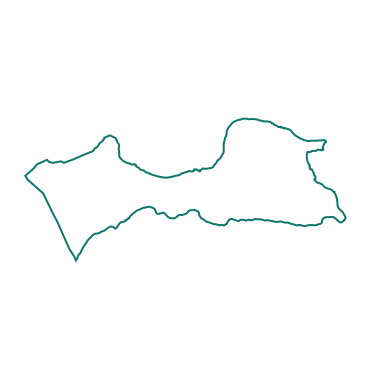 South Epi, Shefa, Vanuatu, rotated 334°
{"feature_id": "77236927B82266009819224", "entity_name": "South Epi", "entity_type": "district", "adm_level": 2, "iso_a3": "VUT", "parent_name": "Vanuatu", "parent_adm1": "Shefa", "projection": "natural_earth1", "projection_center": [168.409, -16.787], "detail": "fine", "context": "isolated", "style": "outline", "palette": "teal", "viewbox_px": 384, "rotation_deg": 334, "n_neighbors": 0, "source": "geoboundaries", "source_scale": "gbopen_adm2", "svg_char_len": 6122}
<svg xmlns="http://www.w3.org/2000/svg" viewBox="0 0 384 384"><g transform="rotate(334 192 192)"><path d="M124.7,109.9L121.0,111.8L110.1,111.1L99.9,110.7L89.6,109.6L87.6,107.0L79.7,104.8L76.7,102.2L75.7,99.5L64.8,99.2L59.9,101.4L49.3,104.4L49.6,108.5L57.6,127.9L57.6,149.8L57.9,159.1L56.9,185.6L56.9,190.4L57.9,198.2L57.6,202.6L60.0,201.2L61.4,199.7L62.2,199.0L63.5,198.4L64.7,198.2L66.3,196.7L67.5,195.8L68.9,194.9L69.7,194.1L71.3,193.2L72.9,192.4L74.7,191.2L77.1,189.8L79.4,188.8L80.2,188.7L81.5,188.0L84.1,187.2L85.3,187.1L87.0,187.1L88.1,187.7L89.0,187.7L89.9,188.1L90.8,188.2L93.6,187.9L95.5,188.4L100.1,187.5L101.7,187.4L104.1,187.5L105.1,188.1L105.7,188.5L106.2,189.6L106.5,190.7L106.9,191.1L107.4,191.3L108.5,191.0L111.0,189.9L111.9,189.1L113.1,188.5L114.5,188.1L115.4,188.1L118.4,189.0L118.9,188.8L119.6,188.2L120.1,188.4L120.4,188.7L120.7,188.4L122.5,188.1L123.0,187.9L123.2,187.7L123.6,187.5L124.1,187.8L126.7,186.3L129.2,185.6L131.0,185.3L133.7,184.7L135.4,184.6L138.4,184.9L139.6,184.8L140.7,184.8L142.8,185.4L145.8,186.1L147.4,186.6L149.3,188.5L150.4,189.9L151.2,191.5L150.9,192.8L150.7,194.8L151.1,196.3L152.2,197.0L155.0,197.4L155.7,197.9L156.5,197.8L157.4,198.2L158.2,199.3L158.4,200.3L159.2,203.2L159.8,204.6L161.0,205.9L162.1,206.7L164.6,207.9L165.8,208.0L169.6,207.0L171.0,207.2L173.1,208.4L174.0,208.5L177.8,209.0L179.4,208.3L180.8,207.5L181.6,207.5L182.2,207.6L183.1,208.0L185.5,208.9L187.1,209.9L188.9,212.2L189.1,213.0L189.1,213.8L188.9,214.6L188.5,215.5L188.3,216.8L188.5,218.2L188.9,219.8L189.7,220.8L190.7,222.4L191.3,223.9L192.2,225.2L193.1,225.8L195.8,228.7L197.0,229.9L198.2,230.9L199.4,231.6L200.7,232.7L202.9,234.3L204.1,234.5L205.6,235.6L206.7,235.8L206.6,236.0L208.1,236.0L209.1,235.8L211.6,234.1L212.5,233.6L214.2,233.1L215.3,233.3L216.1,233.9L216.7,234.5L218.2,235.8L220.1,237.8L221.0,238.5L222.0,238.6L223.1,238.3L223.9,238.4L225.4,239.3L226.4,239.8L228.0,241.4L230.5,241.6L231.9,242.8L232.7,243.1L233.4,243.6L236.2,243.8L237.6,244.4L239.1,245.4L240.1,245.8L241.5,246.5L243.9,248.5L244.9,249.5L246.0,250.0L247.3,250.2L249.4,252.0L251.0,252.9L253.7,255.3L255.0,256.0L258.7,257.3L259.7,258.0L260.5,258.9L261.1,259.4L263.2,260.9L264.5,261.3L265.3,262.0L265.9,262.9L266.9,263.9L268.0,264.7L270.7,267.1L271.4,267.9L272.3,268.1L273.5,268.5L275.0,269.2L277.1,271.2L278.3,272.1L279.3,272.3L280.3,272.4L283.0,273.2L284.4,273.8L286.0,274.8L287.5,275.6L289.3,276.3L290.6,276.3L291.7,276.5L293.3,276.9L294.6,276.8L295.6,276.2L296.0,275.3L296.8,274.2L298.7,273.1L299.2,273.1L299.4,273.3L301.7,273.3L303.6,274.5L304.9,274.9L307.2,275.9L307.9,276.4L308.5,277.3L309.5,279.1L310.3,280.9L310.8,282.6L311.7,284.0L312.7,284.8L314.2,284.8L316.4,284.1L317.2,283.5L318.0,283.3L318.7,282.5L319.0,281.7L319.0,280.8L318.5,275.9L318.1,274.6L317.5,273.5L316.7,270.7L316.7,269.2L317.0,267.7L318.4,264.4L318.8,263.1L319.3,261.9L319.6,259.5L319.9,257.7L319.9,256.3L319.7,255.4L320.1,254.3L319.7,254.0L319.4,254.1L319.1,253.3L318.8,252.2L318.3,251.2L317.6,250.3L314.8,247.6L314.1,246.6L313.3,245.7L312.3,242.2L311.6,241.2L309.4,239.0L308.7,238.1L307.9,236.7L307.6,235.8L307.5,235.1L307.9,235.2L308.1,234.9L308.2,234.2L308.4,233.7L308.9,233.7L309.2,233.3L309.6,232.3L309.7,231.7L309.3,231.0L309.2,230.2L309.2,229.6L309.4,228.9L309.7,228.5L309.6,225.8L309.7,224.2L309.1,223.7L308.5,223.7L308.3,223.3L308.3,222.5L308.5,222.1L308.7,221.7L308.6,220.9L308.8,220.4L309.4,220.2L309.5,219.7L309.4,219.0L309.1,218.2L309.1,217.4L309.4,214.0L309.7,212.7L310.0,212.3L310.6,210.6L311.5,208.9L312.5,207.4L313.4,206.7L314.7,207.3L315.2,207.9L316.0,207.8L316.6,208.0L317.2,207.7L319.9,208.6L321.0,209.2L321.5,209.3L322.6,209.1L323.6,209.2L325.6,210.3L325.8,210.7L326.3,210.8L326.7,211.4L328.2,211.7L328.9,210.9L328.6,210.2L328.8,209.4L329.3,209.3L330.7,207.6L331.2,207.4L332.7,206.0L334.0,206.1L334.5,205.4L334.7,204.7L333.5,203.4L325.4,200.0L321.8,198.2L320.5,197.7L319.7,197.7L318.7,197.1L315.4,194.3L313.3,192.0L312.5,190.8L311.8,189.9L310.2,187.3L309.3,185.7L308.7,183.9L308.3,182.3L308.1,181.1L307.7,180.0L306.9,178.6L305.2,176.8L304.1,176.0L303.3,175.1L302.7,175.1L302.6,174.6L302.1,174.6L300.8,173.1L300.8,172.5L300.4,172.2L299.8,172.5L299.5,172.0L299.0,172.0L298.3,171.5L297.1,169.6L295.4,167.6L295.1,166.9L295.0,166.2L294.5,165.7L294.0,165.5L293.9,164.7L293.5,164.0L293.1,163.3L290.6,161.5L289.3,161.1L288.1,160.2L287.2,159.9L285.6,158.2L284.7,157.7L283.9,157.2L283.4,156.4L281.2,154.5L278.7,153.1L277.8,152.5L276.8,152.2L275.7,152.0L275.0,151.5L274.6,151.2L273.1,150.1L272.4,149.6L271.2,149.1L269.7,148.4L268.5,148.2L267.7,148.3L266.2,147.7L265.3,147.5L261.3,147.2L259.0,147.4L257.5,148.1L256.0,148.8L254.6,149.3L252.9,150.2L250.1,152.3L247.9,155.9L246.9,156.8L245.6,157.8L243.1,160.8L242.3,161.6L241.3,163.1L238.9,168.3L237.4,170.7L236.6,171.1L234.4,172.6L232.5,173.8L231.1,174.4L228.5,175.0L225.6,177.0L223.2,177.8L222.9,178.2L222.0,178.8L220.7,178.9L219.9,178.8L215.6,177.6L214.1,177.0L212.9,176.1L212.0,175.6L210.5,176.1L209.7,176.1L209.0,175.8L208.6,176.1L208.3,176.8L207.7,176.6L207.0,175.6L206.3,173.9L205.5,173.9L205.1,173.6L204.7,172.9L203.9,172.7L203.4,173.1L202.9,173.8L202.0,173.9L199.6,172.8L198.8,172.0L197.5,171.7L195.8,171.8L194.1,171.3L193.0,171.2L191.7,170.9L190.5,170.9L188.3,171.2L186.6,170.9L184.0,170.1L182.6,170.1L181.9,169.7L180.4,169.5L178.1,168.9L177.2,168.7L176.9,168.4L176.3,168.3L174.5,167.5L171.8,165.8L168.5,163.3L166.5,161.4L165.9,160.9L165.3,160.4L164.1,159.4L162.9,158.1L161.5,156.2L160.0,154.9L158.9,153.4L158.1,151.7L157.1,150.5L155.9,149.8L155.3,148.9L154.8,147.1L153.2,144.7L152.9,143.7L153.4,143.5L153.3,142.9L152.8,142.2L152.1,141.6L151.4,141.5L150.4,141.2L149.2,140.1L148.6,139.2L147.7,138.3L146.5,137.5L145.6,136.6L144.9,135.6L144.0,134.5L143.2,132.5L142.4,129.7L142.3,128.9L142.3,127.6L142.7,127.0L143.3,126.1L144.1,124.1L144.6,122.6L145.0,121.1L145.6,120.2L146.3,119.4L147.1,117.8L147.1,116.1L146.7,115.0L146.9,113.9L147.0,112.8L146.9,112.0L146.9,110.4L146.7,109.8L146.0,108.8L143.2,105.3L142.2,104.9L138.8,105.0L137.1,104.7L136.5,105.5L135.6,106.1L134.6,106.6L131.5,107.5L129.7,108.1L126.8,109.9L125.8,110.3L124.7,109.9Z" fill="none" stroke="#0f766e" stroke-width="2"/></g></svg>